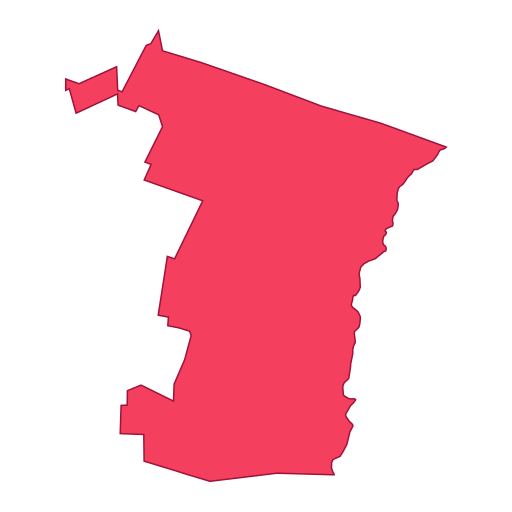 Windsor, Vermont, United States of America (Robinson projection)
{"feature_id": "52423323B43011596920250", "entity_name": "Windsor", "entity_type": "district", "adm_level": 2, "iso_a3": "USA", "parent_name": "United States of America", "parent_adm1": "Vermont", "projection": "robinson", "projection_center": [-72.472, 43.592], "detail": "fine", "context": "isolated", "style": "filled", "palette": "rose", "viewbox_px": 512, "rotation_deg": 0, "n_neighbors": 0, "source": "geoboundaries", "source_scale": "gbopen_adm2", "svg_char_len": 2261}
<svg xmlns="http://www.w3.org/2000/svg" viewBox="0 0 512 512"><path d="M446.3,147.1L381.3,123.4L321.1,106.0L264.9,84.7L201.6,62.7L162.5,50.8L158.5,30.7L150.8,43.7L146.2,45.4L122.1,91.8L117.7,90.3L116.6,66.7L79.0,83.7L65.7,79.0L65.7,90.4L69.3,88.7L76.1,113.2L117.5,93.9L118.1,105.2L135.7,111.6L138.9,105.6L158.7,114.8L162.5,126.7L144.9,162.1L151.1,164.4L144.2,180.0L202.7,200.8L174.6,258.8L167.3,256.4L166.2,263.8L158.2,315.2L168.4,317.1L167.8,325.7L178.6,327.8L189.6,331.2L191.2,335.5L184.6,359.8L174.1,384.1L173.5,401.1L141.0,385.1L127.4,390.7L127.2,405.1L121.1,405.4L120.2,433.6L143.8,434.5L144.1,461.2L175.4,470.7L187.9,474.7L209.9,481.3L276.8,473.2L334.1,474.8L334.1,474.6L333.9,473.7L332.7,471.6L331.5,468.0L331.6,462.7L332.8,460.0L333.4,459.3L340.1,456.3L343.1,451.5L346.8,444.5L349.9,432.0L352.9,426.1L352.8,425.1L351.9,423.7L349.5,421.6L346.4,417.2L345.7,415.5L345.6,414.7L346.2,413.1L347.4,411.1L350.2,406.2L351.0,405.1L353.0,403.3L355.2,400.5L355.6,399.4L354.5,398.8L350.5,398.9L348.7,398.6L344.1,395.8L343.5,394.9L343.3,393.9L342.8,387.4L343.1,385.2L344.2,382.7L348.1,379.2L348.8,378.0L349.9,371.1L350.6,366.4L350.7,363.8L352.4,355.5L352.7,354.2L352.8,349.6L353.6,345.9L355.0,343.1L355.3,341.9L354.3,333.5L354.4,332.1L354.8,331.2L358.3,327.9L359.1,326.8L359.7,324.3L360.3,319.2L360.3,317.3L360.1,316.2L358.2,312.0L355.8,309.8L352.5,307.3L351.5,305.6L351.4,304.0L352.7,299.6L352.7,297.6L353.5,295.5L355.2,295.6L356.0,294.9L358.9,290.7L360.3,287.3L359.9,278.7L359.1,274.1L359.2,273.1L360.8,267.0L363.9,263.8L368.4,261.2L375.3,258.7L383.9,251.6L385.2,251.1L385.3,251.1L385.8,250.7L386.2,249.6L386.0,247.4L385.9,247.1L385.3,246.1L383.7,244.9L382.7,242.4L382.9,239.5L383.9,236.0L385.6,234.8L386.4,232.6L386.4,232.2L385.3,231.2L385.2,230.1L385.5,229.6L386.3,228.8L388.7,227.5L392.3,226.1L392.9,225.1L393.0,222.9L392.4,221.1L392.9,217.0L393.5,215.6L394.5,214.8L397.0,210.7L397.7,208.9L398.1,206.1L398.3,203.7L397.6,201.8L396.8,200.6L397.1,194.9L397.2,192.9L398.4,188.6L399.9,186.3L402.3,184.8L403.6,183.4L406.2,179.8L407.2,177.9L409.7,175.3L411.5,173.8L413.9,169.5L417.3,169.5L426.8,164.0L432.8,160.9L437.3,155.0L438.0,153.8L439.0,151.5L440.0,150.2L440.8,149.8L443.6,149.0L445.2,148.1L446.3,147.1Z" fill="#f43f5e" stroke="#9f1239" stroke-width="1.5"/></svg>